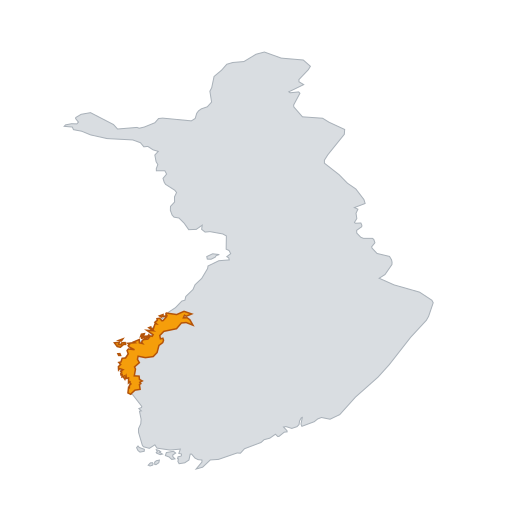 where Ostrobothnia sits in Finland, rotated 350°
{"feature_id": "FIN-3182", "entity_name": "Ostrobothnia", "entity_type": "Province", "adm_level": 1, "iso_a3": "FIN", "parent_name": "Finland", "parent_adm1": "", "projection": "natural_earth1", "projection_center": [22.043, 62.87], "detail": "medium", "context": "in_parent", "style": "filled", "palette": "amber", "viewbox_px": 512, "rotation_deg": 350, "n_neighbors": 0, "source": "natural_earth", "source_scale": "10m", "svg_char_len": 5614}
<svg xmlns="http://www.w3.org/2000/svg" viewBox="0 0 512 512"><g transform="rotate(350 256 256)"><path d="M194.3,218.4L191.0,211.3L186.7,205.2L182.0,203.5L180.5,201.1L179.6,196.2L180.4,192.3L185.2,188.7L186.0,183.6L188.8,179.7L187.4,177.1L179.4,169.8L178.4,167.4L177.9,163.4L182.2,159.8L181.0,156.2L172.7,154.8L173.0,152.6L175.2,148.9L174.0,145.8L173.9,139.0L177.9,136.0L173.1,133.6L168.5,129.3L164.5,129.0L161.9,124.4L154.8,120.3L129.7,114.5L114.1,108.0L105.9,102.8L98.2,99.9L97.5,97.1L89.6,95.0L91.2,93.8L97.4,93.7L102.5,94.8L104.4,93.3L102.2,89.4L102.6,88.3L108.4,86.1L117.9,86.1L138.5,101.8L141.7,106.9L161.1,108.7L163.2,109.9L168.4,109.6L179.6,107.2L183.9,103.7L188.0,104.0L215.8,111.7L220.0,110.0L222.4,105.2L224.6,103.1L227.7,101.6L234.0,100.6L239.0,96.7L239.2,85.7L241.6,82.6L245.9,71.9L254.4,67.0L260.5,62.1L266.7,61.4L277.9,62.4L291.1,57.3L299.7,56.6L315.2,65.5L336.6,71.2L342.5,78.6L339.9,81.6L328.9,89.7L328.6,91.9L332.7,95.5L316.8,100.0L318.0,101.2L326.5,101.8L327.5,103.4L319.3,113.8L319.1,115.7L325.9,127.0L345.5,131.9L351.1,136.9L365.3,146.8L364.1,151.5L344.4,168.7L340.0,173.5L339.5,176.5L352.0,190.4L358.7,200.2L366.0,207.4L372.1,219.2L372.6,223.2L361.3,225.4L364.5,227.6L361.9,231.3L361.8,236.6L358.8,240.0L359.5,241.0L365.0,241.7L365.6,244.1L365.2,245.5L359.6,248.2L359.2,250.9L362.4,255.7L364.9,257.3L373.8,258.9L374.9,260.2L375.4,263.6L371.5,267.0L371.6,268.3L375.6,274.5L387.4,279.6L388.8,283.3L388.9,285.8L388.4,288.0L379.9,296.6L373.4,299.3L386.9,308.4L410.8,320.0L421.5,330.1L422.4,332.8L415.5,345.4L412.6,348.9L394.2,362.9L368.3,386.2L355.1,396.5L329.5,412.2L311.0,426.7L300.6,429.6L292.4,426.4L288.4,427.2L284.6,429.3L271.6,431.7L271.1,429.3L273.6,423.0L272.5,423.2L270.2,426.1L269.1,429.5L266.7,431.2L261.3,432.0L255.9,429.2L253.4,429.2L256.2,433.4L256.1,434.6L253.2,434.4L247.4,437.6L246.1,437.6L244.2,434.9L238.0,437.8L232.1,438.3L228.6,440.5L211.2,443.8L206.4,447.5L203.2,446.7L183.7,449.8L175.6,448.9L166.8,454.7L160.0,455.4L167.0,449.5L167.3,447.5L163.6,446.5L160.8,444.4L158.2,439.9L156.8,439.7L154.5,445.3L149.9,447.3L144.2,447.2L143.4,444.7L144.4,442.4L143.5,442.0L144.4,440.2L147.3,440.1L148.1,439.2L148.1,438.0L145.7,437.0L148.0,433.0L137.7,432.2L125.1,428.0L123.6,424.4L117.6,426.9L112.0,424.3L111.2,422.7L109.7,409.4L110.3,405.7L113.4,401.2L114.5,396.8L114.3,388.6L116.2,388.6L114.1,385.9L117.0,385.3L117.4,384.3L110.6,371.4L106.7,368.4L109.7,359.1L109.4,357.0L108.8,354.4L104.0,351.5L102.1,343.2L103.4,338.6L113.0,330.3L113.5,327.0L119.0,326.7L116.5,323.8L115.7,320.2L123.6,318.9L126.5,320.0L133.4,318.6L139.5,316.0L137.1,311.0L140.3,310.8L139.2,309.6L139.4,308.4L141.8,308.9L145.8,305.4L145.9,302.7L152.8,301.3L160.6,295.9L167.7,292.9L175.1,287.5L178.3,287.2L179.9,283.6L188.1,278.1L191.0,273.7L198.7,268.6L206.2,259.9L207.0,257.5L218.6,254.2L229.0,255.2L228.8,253.0L227.1,251.6L231.5,249.3L230.4,245.9L227.8,244.1L230.3,231.1L227.1,228.5L214.9,224.0L210.0,223.6L207.1,220.3L208.4,216.3L201.8,219.4L194.3,218.4ZM133.6,434.0L140.8,434.0L142.7,436.1L139.5,437.5L139.2,439.1L141.0,441.7L137.7,441.7L135.5,438.8L132.1,436.8L133.6,434.0ZM215.6,250.1L211.2,251.4L207.5,250.6L207.4,248.0L213.7,246.3L220.1,248.2L216.9,248.7L215.6,250.1ZM106.3,317.3L106.1,319.5L110.3,317.9L112.0,318.6L111.8,320.5L110.3,320.1L106.8,322.3L103.6,320.4L101.6,317.3L106.3,317.3ZM112.5,427.0L112.0,428.9L107.7,429.0L106.0,427.1L105.1,424.0L106.8,422.6L107.8,424.3L112.5,427.0ZM129.5,434.8L127.2,435.0L124.0,433.0L123.6,432.2L124.8,431.7L124.2,429.4L126.7,430.7L128.1,432.2L126.8,432.5L129.5,434.8ZM124.4,442.7L121.3,444.1L120.1,443.8L120.4,441.4L122.3,440.3L125.4,440.2L124.4,442.7ZM118.0,444.0L115.2,444.4L113.5,443.3L116.1,441.4L118.2,441.6L118.6,442.7L118.0,444.0Z" fill="#d9dde1" stroke="#a8b0b8" stroke-width="1"/><path d="M108.5,370.4L106.1,368.6L107.7,363.2L108.4,363.7L108.9,361.5L110.6,360.3L109.7,358.8L110.4,357.4L108.4,358.8L109.3,353.9L107.2,354.1L107.2,351.7L105.5,354.7L104.4,352.2L105.1,351.4L103.0,351.9L103.6,349.5L102.4,349.7L102.4,348.3L103.6,347.0L102.8,346.0L105.3,344.9L102.2,343.2L100.9,344.3L101.0,343.3L101.3,341.0L103.9,339.4L102.4,337.0L104.6,336.9L106.4,333.5L109.9,333.8L113.2,330.2L112.6,326.7L114.2,325.4L120.1,327.2L115.0,323.3L114.5,322.1L116.0,321.2L114.5,319.7L121.8,320.4L120.6,319.4L126.5,318.0L126.0,321.2L129.2,322.6L128.3,321.0L130.4,318.8L135.0,319.1L138.2,316.4L139.8,317.1L141.1,315.6L135.5,310.2L142.0,311.8L138.0,308.0L140.0,307.6L139.9,308.8L142.1,310.2L144.9,305.1L146.3,305.6L144.9,303.7L147.6,302.3L147.6,300.5L150.3,300.6L152.1,303.5L153.3,303.5L157.2,300.4L155.1,299.6L157.9,298.9L157.1,297.4L157.8,296.6L167.7,299.9L175.5,298.0L182.6,301.9L176.8,303.2L175.3,301.9L173.7,304.3L177.5,304.9L179.8,307.3L181.9,313.2L175.7,309.4L170.9,309.0L165.1,313.8L152.2,314.2L147.4,317.6L147.5,321.0L150.0,320.8L150.3,322.9L149.1,325.1L144.9,327.2L141.8,333.9L137.3,337.2L129.4,336.9L122.5,334.2L121.3,337.2L122.6,340.8L117.1,344.1L117.7,346.4L115.3,352.9L120.0,354.0L119.8,357.3L122.3,359.3L119.6,360.2L120.4,361.7L118.9,362.3L118.7,367.2L113.5,367.1L108.5,370.4ZM112.0,318.5L112.2,320.4L110.2,320.1L106.5,322.3L103.6,321.1L101.5,316.9L106.5,317.2L105.0,319.4L107.8,319.9L108.7,318.3L112.0,318.5ZM134.5,317.4L132.1,317.8L131.8,315.7L135.7,316.0L136.8,314.9L137.2,316.1L136.1,317.5L133.2,317.0L134.5,317.4ZM154.3,297.5L154.1,299.1L152.2,299.8L150.5,298.2L154.3,297.5ZM110.5,314.5L108.7,316.3L106.1,315.3L110.5,314.5ZM105.4,330.4L103.5,330.1L103.0,328.3L105.0,328.5L105.4,330.4ZM128.4,315.2L129.6,313.1L132.6,313.1L132.0,314.1L128.4,315.2ZM130.5,315.5L131.1,317.1L129.0,317.2L129.3,316.0L130.5,315.5Z" fill="#f59e0b" stroke="#b45309" stroke-width="1.5"/></g></svg>